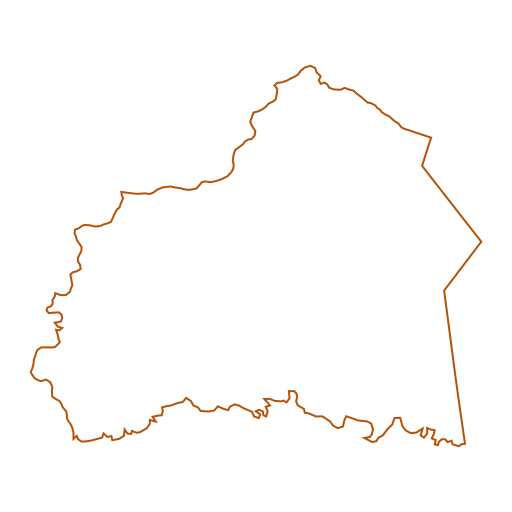 the district of Feira da Mata, Bahia, Brazil
{"feature_id": "56859067B33620319124812", "entity_name": "Feira da Mata", "entity_type": "district", "adm_level": 2, "iso_a3": "BRA", "parent_name": "Brazil", "parent_adm1": "Bahia", "projection": "orthographic", "projection_center": [-44.283, -14.106], "detail": "fine", "context": "isolated", "style": "outline", "palette": "amber", "viewbox_px": 512, "rotation_deg": 0, "n_neighbors": 0, "source": "geoboundaries", "source_scale": "gbopen_adm2", "svg_char_len": 3884}
<svg xmlns="http://www.w3.org/2000/svg" viewBox="0 0 512 512"><path d="M401.2,127.1L398.4,123.4L395.5,121.8L392.8,119.6L389.3,116.4L385.7,114.7L382.0,112.3L379.9,109.7L377.4,108.0L375.2,105.4L370.9,103.1L367.5,102.5L364.2,99.6L360.8,96.7L356.9,93.8L353.4,90.6L349.4,89.6L344.5,87.9L340.8,89.7L336.5,89.6L333.3,89.3L329.1,87.6L327.3,84.4L324.5,82.6L320.7,83.9L318.8,80.3L320.7,76.3L316.7,72.5L315.0,68.0L310.5,65.8L304.8,67.5L300.8,70.7L298.0,74.5L294.5,76.8L291.1,78.3L286.9,80.6L281.8,82.3L277.3,82.9L274.5,85.3L277.3,89.1L276.7,94.4L275.8,99.2L273.6,101.2L268.8,103.5L265.2,107.3L262.0,109.5L258.1,111.4L253.6,112.5L251.9,117.1L250.2,121.6L251.5,124.9L253.3,128.0L255.4,131.1L254.6,135.7L251.5,139.1L248.4,139.4L244.9,141.6L242.8,144.4L238.7,147.4L235.1,150.2L233.5,155.2L232.8,160.5L233.7,165.0L233.2,169.0L231.0,172.5L227.4,176.3L221.8,179.1L215.9,181.1L210.2,182.2L205.1,181.4L201.9,182.2L198.9,185.7L196.5,188.4L193.5,189.2L188.6,189.9L183.8,189.2L180.9,188.3L176.1,187.6L170.1,186.5L163.1,187.3L157.5,189.5L153.1,192.7L149.6,194.0L144.4,193.3L139.3,193.8L136.0,193.8L132.0,193.3L128.4,192.9L125.4,192.5L121.4,191.9L121.7,195.1L123.1,198.3L120.8,203.5L119.4,207.6L116.8,209.6L114.5,213.9L112.7,218.2L110.9,222.0L106.8,223.6L103.7,224.4L100.5,225.9L97.4,226.4L94.1,226.4L90.4,225.4L84.8,224.9L81.9,225.9L79.3,228.0L75.1,229.7L74.5,233.2L76.0,236.6L76.9,240.1L79.4,243.7L81.6,247.2L81.3,251.2L79.8,254.1L78.0,257.5L77.9,261.3L80.0,264.7L80.7,269.0L76.4,271.4L72.6,272.4L70.4,274.5L71.2,278.9L72.4,285.2L70.7,288.8L70.1,291.7L66.0,295.0L61.0,295.2L58.2,294.2L55.3,293.2L54.6,296.8L52.4,300.1L52.7,303.8L50.9,306.3L47.4,307.6L46.6,310.5L48.7,313.1L53.2,312.7L58.7,312.3L61.5,314.5L62.2,318.3L60.9,321.5L58.0,322.2L54.8,322.7L57.7,326.5L62.2,328.0L59.3,330.4L56.1,329.8L57.7,334.8L58.5,338.8L59.9,342.1L57.2,345.0L54.8,347.1L51.4,347.4L46.4,347.4L41.2,347.4L37.4,350.0L36.0,353.2L35.2,356.2L33.9,359.5L33.5,363.8L32.3,368.5L30.7,372.2L32.7,375.5L34.6,378.2L38.0,380.2L41.3,381.1L46.0,379.6L50.3,382.2L52.3,386.9L51.9,391.3L52.3,396.8L56.0,399.2L59.2,400.8L61.3,403.7L62.7,407.3L66.1,411.2L66.9,414.2L66.9,418.2L68.4,421.2L70.4,423.8L72.3,427.8L73.5,432.9L73.5,438.9L76.7,435.9L78.2,439.4L81.7,441.6L85.4,441.4L88.6,441.0L91.8,440.4L102.1,437.6L103.6,433.4L107.3,436.9L111.4,436.1L112.3,440.2L119.3,438.8L124.0,435.7L124.6,429.5L127.7,433.7L131.2,433.9L132.0,430.9L136.6,432.8L139.9,432.2L146.8,428.2L149.8,423.9L149.8,420.0L155.7,421.6L152.7,416.8L158.5,415.5L161.8,415.3L162.8,411.0L162.0,407.4L167.2,406.0L170.2,405.7L177.2,403.2L182.9,401.9L186.1,397.9L190.9,401.0L193.4,405.5L198.1,407.5L200.6,411.0L204.9,411.3L208.4,411.5L214.2,410.5L217.9,406.3L223.4,408.8L228.2,410.1L229.8,406.8L234.6,404.4L239.3,405.7L243.5,408.2L251.9,411.7L254.2,416.5L258.7,418.1L260.2,414.3L255.8,411.3L259.2,409.8L262.9,411.6L263.4,415.2L266.1,416.5L267.7,411.3L265.8,406.8L270.0,405.5L267.4,402.3L264.3,399.0L269.9,398.9L274.5,400.8L280.6,401.4L283.7,400.6L286.5,402.4L289.5,398.4L288.9,391.1L294.1,391.1L296.5,393.6L297.2,396.8L296.1,401.2L297.6,405.2L303.9,408.9L304.8,412.7L308.5,413.3L316.1,416.5L322.3,416.3L329.9,421.3L333.0,425.5L337.7,428.1L342.9,426.6L344.5,419.8L346.3,416.3L351.1,417.9L357.8,420.4L367.3,421.5L371.2,423.6L373.0,429.1L371.8,434.4L369.9,436.9L364.4,438.0L372.2,442.0L376.3,441.2L378.4,437.8L382.9,435.3L388.1,428.5L392.2,424.6L394.6,418.0L400.2,417.8L402.5,426.3L405.8,430.5L410.7,433.1L416.2,432.6L422.7,428.6L420.7,435.5L424.0,437.6L427.2,433.6L427.1,428.0L430.8,429.6L434.6,430.1L433.8,434.1L431.7,438.4L435.7,440.1L434.8,444.3L438.0,445.2L438.8,441.9L441.9,439.2L445.4,439.4L447.6,442.1L451.5,440.7L452.6,444.3L458.7,446.2L461.4,444.3L465.0,443.8L458.3,397.2L454.5,369.6L448.4,322.9L444.1,290.6L481.3,241.7L468.7,225.6L465.3,221.3L422.1,165.9L429.9,141.3L431.2,137.7L414.3,132.1L410.9,130.9L403.8,128.6L401.2,127.1Z" fill="none" stroke="#b45309" stroke-width="2"/></svg>